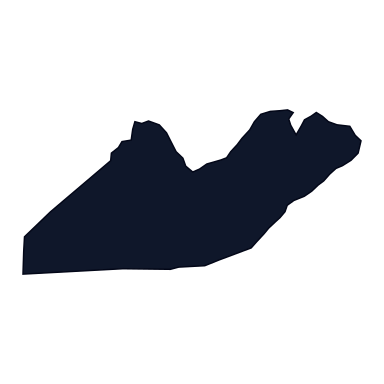 Pirpirituba, Paraíba, Brazil
{"feature_id": "56859067B65222656498348", "entity_name": "Pirpirituba", "entity_type": "district", "adm_level": 2, "iso_a3": "BRA", "parent_name": "Brazil", "parent_adm1": "Paraíba", "projection": "robinson", "projection_center": [-35.474, -6.788], "detail": "fine", "context": "isolated", "style": "filled", "palette": "ink", "viewbox_px": 384, "rotation_deg": 0, "n_neighbors": 0, "source": "geoboundaries", "source_scale": "gbopen_adm2", "svg_char_len": 1014}
<svg xmlns="http://www.w3.org/2000/svg" viewBox="0 0 384 384"><path d="M361.0,140.8L355.2,135.3L349.8,126.3L337.0,124.8L328.4,121.7L322.5,116.4L316.3,112.5L311.1,116.2L304.5,119.8L301.3,125.9L296.1,134.9L290.7,125.2L288.7,119.0L293.2,112.6L287.6,109.9L280.1,110.7L270.3,111.4L260.8,114.3L254.4,121.7L249.8,129.8L242.0,138.3L237.1,144.8L230.8,151.6L226.6,157.8L220.8,160.0L212.5,162.4L206.8,164.0L199.5,169.1L192.7,172.0L185.7,166.1L182.9,158.2L176.1,151.7L171.4,142.5L166.5,132.8L159.3,124.9L148.5,121.0L141.8,123.5L134.9,121.7L132.7,129.3L131.2,140.1L122.0,141.6L118.4,147.6L111.4,153.1L110.7,160.7L50.5,211.8L39.9,222.0L24.5,236.8L23.7,251.6L23.0,274.1L71.3,271.5L123.1,268.7L170.4,269.3L178.7,267.1L204.8,265.7L219.2,259.9L251.2,247.9L256.5,241.9L264.0,233.8L268.7,228.1L275.4,221.8L280.1,217.5L285.0,211.7L287.2,205.3L293.8,200.5L304.4,196.2L311.8,191.1L318.2,185.0L323.7,180.9L329.6,174.2L336.0,168.4L342.4,165.7L351.0,160.3L358.1,153.1L361.0,140.8Z" fill="#0f172a" stroke="#020617" stroke-width="1.5"/></svg>